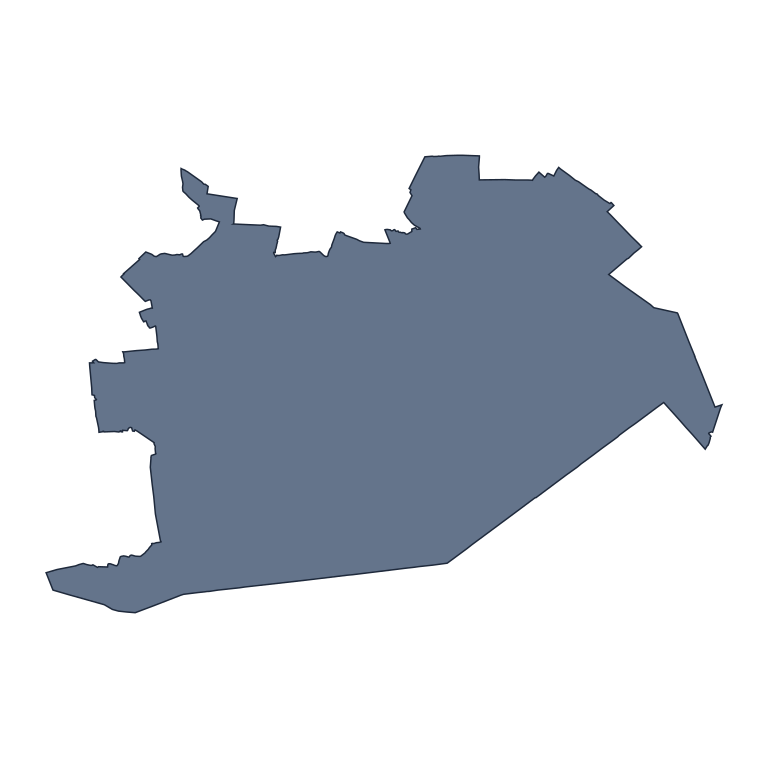 the district of Dobromir, Constanta, Romania
{"feature_id": "2599482B21498804954375", "entity_name": "Dobromir", "entity_type": "district", "adm_level": 2, "iso_a3": "ROU", "parent_name": "Romania", "parent_adm1": "Constanta", "projection": "equal_earth", "projection_center": [27.791, 44.013], "detail": "fine", "context": "isolated", "style": "filled", "palette": "slate", "viewbox_px": 768, "rotation_deg": 0, "n_neighbors": 0, "source": "geoboundaries", "source_scale": "gbopen_adm2", "svg_char_len": 6089}
<svg xmlns="http://www.w3.org/2000/svg" viewBox="0 0 768 768"><path d="M558.7,167.4L556.6,170.4L553.8,176.0L548.5,173.5L548.0,173.4L547.4,173.5L545.9,176.1L544.7,177.2L538.9,172.1L535.5,175.9L532.9,179.4L532.5,180.3L531.8,180.2L527.6,180.0L515.4,180.0L504.7,179.6L479.3,179.9L479.1,174.4L478.6,167.1L479.4,157.4L479.4,155.9L463.1,155.3L457.0,155.3L446.3,155.6L440.0,156.3L438.9,156.1L437.2,156.4L433.7,156.5L432.3,156.2L424.9,156.8L415.2,176.1L409.1,188.5L410.9,189.8L410.0,192.5L412.0,195.7L404.1,211.9L404.5,213.0L407.4,217.8L409.1,219.6L411.4,222.5L414.3,225.1L420.1,228.4L420.3,229.0L417.0,229.4L415.6,227.7L411.8,229.1L411.8,231.5L407.6,234.0L406.8,234.2L406.2,234.1L405.4,233.8L404.8,232.9L402.8,232.5L402.4,232.8L400.8,232.5L400.3,232.2L399.2,232.3L398.4,231.8L398.1,231.0L397.0,231.1L396.1,231.4L395.6,231.0L395.2,230.2L394.7,229.7L394.3,229.6L393.8,229.8L393.0,230.5L392.0,230.8L391.5,230.8L390.9,230.5L390.4,229.9L389.9,229.8L387.2,229.4L385.5,229.6L384.9,229.8L389.8,242.0L390.2,243.3L389.0,243.5L386.3,243.5L363.6,242.3L359.3,240.7L356.7,239.3L346.3,235.6L344.9,235.0L344.5,234.6L344.1,233.6L343.6,233.2L342.4,232.6L340.5,231.9L339.9,233.0L337.2,231.9L336.0,233.8L335.2,235.5L334.2,238.7L331.9,244.8L331.4,247.3L330.3,248.6L329.4,250.4L328.4,253.1L327.9,255.7L327.6,256.2L326.8,256.5L325.6,256.5L324.6,256.1L323.5,255.3L320.1,252.0L319.3,251.5L318.5,251.5L316.3,252.0L315.1,252.1L310.8,251.8L308.0,252.6L306.6,252.8L303.7,252.9L302.4,253.3L298.4,253.4L294.1,253.7L284.7,254.9L282.5,254.8L279.7,255.4L277.5,255.5L276.9,255.2L276.1,256.1L275.5,256.6L273.6,253.0L273.7,252.4L275.2,252.5L275.3,249.9L276.0,248.3L276.7,245.0L276.7,244.3L277.0,243.8L277.6,241.2L277.2,240.4L277.5,239.6L278.0,239.2L278.7,237.0L280.6,227.1L276.5,226.4L268.9,226.1L264.2,224.9L263.7,224.7L260.5,225.2L233.5,224.0L233.7,223.9L234.0,220.0L234.3,210.5L237.2,198.5L207.0,193.8L208.2,186.4L205.3,184.3L204.0,184.2L203.5,183.9L202.0,182.2L201.2,181.5L187.4,171.7L185.2,170.5L185.0,170.2L181.7,168.9L181.1,168.5L181.0,169.3L181.2,173.3L181.4,176.2L182.6,181.4L183.0,183.9L182.5,187.3L182.9,191.0L183.4,191.7L185.8,193.8L188.9,197.2L191.9,199.9L199.0,205.7L199.2,206.3L197.6,208.0L198.2,209.0L199.7,210.8L200.7,214.6L200.6,215.8L201.0,216.1L200.8,218.0L202.4,220.1L202.7,220.0L204.3,219.2L210.8,218.9L216.0,220.8L219.4,221.9L215.6,231.1L215.2,231.7L212.2,234.7L209.5,237.7L206.7,240.1L203.6,241.7L197.2,247.9L194.4,250.4L191.0,253.6L187.8,256.0L186.9,256.3L184.0,256.5L183.3,256.3L183.1,256.1L182.5,254.0L181.5,254.0L179.6,254.8L176.9,254.5L175.0,255.0L172.2,255.2L164.7,253.4L161.1,253.9L159.8,254.4L157.6,255.9L156.2,256.6L154.2,256.2L152.0,254.5L151.0,254.0L145.8,252.0L138.9,258.6L139.6,259.5L123.6,273.6L124.0,273.9L122.0,275.8L120.9,277.0L134.1,290.4L138.8,294.9L144.2,300.4L145.3,301.4L149.0,299.9L150.3,299.9L151.0,300.9L152.3,308.1L151.2,308.1L149.0,308.8L147.5,309.1L145.8,309.7L139.4,312.3L139.7,313.3L140.1,314.3L140.4,315.5L141.4,318.1L143.6,321.8L143.8,321.9L145.2,321.0L146.2,321.1L146.5,322.4L147.5,324.3L147.3,324.6L148.1,326.1L149.1,327.1L149.4,327.8L149.7,328.0L150.3,328.0L152.7,327.2L155.0,326.1L155.3,326.0L155.7,326.3L156.9,336.2L157.3,341.8L157.8,343.7L158.1,346.6L158.1,347.4L158.3,348.7L156.3,349.1L152.0,349.2L145.2,350.0L136.5,350.6L124.0,351.9L122.8,351.8L123.6,353.7L123.8,356.3L124.4,359.0L124.7,362.6L123.6,362.9L119.1,362.9L116.9,363.4L116.2,363.4L112.2,363.3L103.3,362.6L98.4,361.9L96.6,360.1L95.9,359.5L95.2,359.5L92.5,361.2L93.7,362.8L89.5,362.9L89.7,366.2L91.7,387.9L92.0,394.8L94.1,395.3L94.4,395.5L94.6,395.8L94.5,396.8L94.7,397.6L95.4,398.5L96.4,399.5L96.2,399.8L95.6,400.1L94.2,400.4L94.7,406.2L95.0,408.5L95.6,411.0L95.9,416.3L96.5,417.8L98.5,427.3L98.8,429.5L99.0,432.3L102.9,431.7L103.0,431.3L103.7,431.3L104.1,431.9L114.4,431.5L119.0,432.0L120.4,430.9L120.9,430.8L121.1,431.8L122.5,431.9L122.7,430.3L127.2,430.7L127.6,430.4L128.3,428.7L129.3,427.7L130.5,427.4L131.6,427.7L132.6,431.0L134.3,431.3L135.0,429.9L137.3,431.2L146.0,437.1L154.2,442.7L154.0,443.7L154.7,445.2L155.3,446.6L155.1,448.6L155.5,452.7L155.9,453.7L155.7,454.0L151.4,455.5L151.2,456.1L150.9,457.5L151.0,457.7L150.3,467.2L152.2,484.4L153.8,497.0L155.4,514.0L160.3,540.1L160.6,541.0L161.0,541.5L161.1,541.8L159.2,542.4L156.3,542.7L154.0,543.5L152.1,543.4L151.7,543.6L151.8,544.9L149.4,547.6L148.3,549.3L146.0,551.6L145.0,552.9L143.1,554.4L140.6,556.3L139.8,556.4L135.6,556.2L134.1,555.8L132.9,555.4L131.4,555.1L131.0,555.2L130.2,555.5L129.1,557.0L128.3,557.0L126.0,556.3L123.6,555.9L121.1,556.4L120.3,556.8L120.1,557.3L118.9,561.0L118.5,563.3L117.5,565.1L116.8,565.8L115.0,565.5L112.8,564.6L111.6,564.3L110.9,563.9L108.9,563.7L108.0,564.2L107.7,565.7L107.6,567.0L98.5,566.7L97.5,567.4L92.9,564.8L92.3,565.2L91.2,565.4L90.1,565.3L86.8,564.6L83.5,563.5L83.0,563.5L78.9,564.6L75.6,565.9L57.1,569.5L46.1,572.7L53.0,590.1L70.5,595.2L104.3,604.7L112.3,609.4L118.4,611.1L126.6,612.0L135.2,612.7L157.4,604.3L180.5,595.3L183.6,594.3L197.5,592.6L205.0,591.8L206.9,591.5L209.3,591.4L217.9,590.1L239.4,587.8L244.8,587.0L307.1,580.0L347.2,575.2L352.7,574.7L406.6,568.1L413.9,567.3L418.9,566.6L433.0,565.1L447.2,563.2L467.1,548.5L471.5,545.0L515.6,512.3L535.1,497.7L535.9,497.7L566.1,475.1L577.4,467.0L581.2,463.8L593.2,455.0L595.3,453.4L602.3,448.1L613.6,439.9L617.6,436.9L619.4,435.1L629.2,427.8L635.5,423.4L656.8,407.5L663.7,402.5L679.0,419.5L685.9,427.4L693.0,435.2L705.2,449.2L707.3,445.8L708.0,445.3L709.0,443.0L710.3,438.4L710.2,437.6L710.5,436.8L711.0,436.2L708.7,433.6L709.0,432.9L710.6,432.2L711.8,431.9L712.6,432.2L720.4,408.4L721.0,406.8L721.9,404.8L715.0,407.1L702.3,375.1L694.7,356.5L694.9,356.4L689.2,342.5L677.8,313.6L677.3,312.9L653.8,307.7L650.5,304.7L625.2,286.8L608.7,274.5L626.9,259.0L628.5,258.3L634.0,253.0L638.3,249.6L641.6,246.7L637.9,243.0L638.0,243.0L631.3,236.5L621.8,226.6L619.8,224.6L610.4,214.8L607.2,211.7L613.9,205.5L611.3,202.6L611.0,202.5L610.2,203.4L609.8,203.5L604.3,200.2L598.4,195.6L597.2,194.1L596.7,193.8L595.9,193.8L590.6,189.8L589.7,189.5L587.4,188.0L578.5,181.7L575.3,180.2L569.5,175.5L560.4,168.9L558.7,167.4Z" fill="#64748b" stroke="#1e293b" stroke-width="1.5"/></svg>